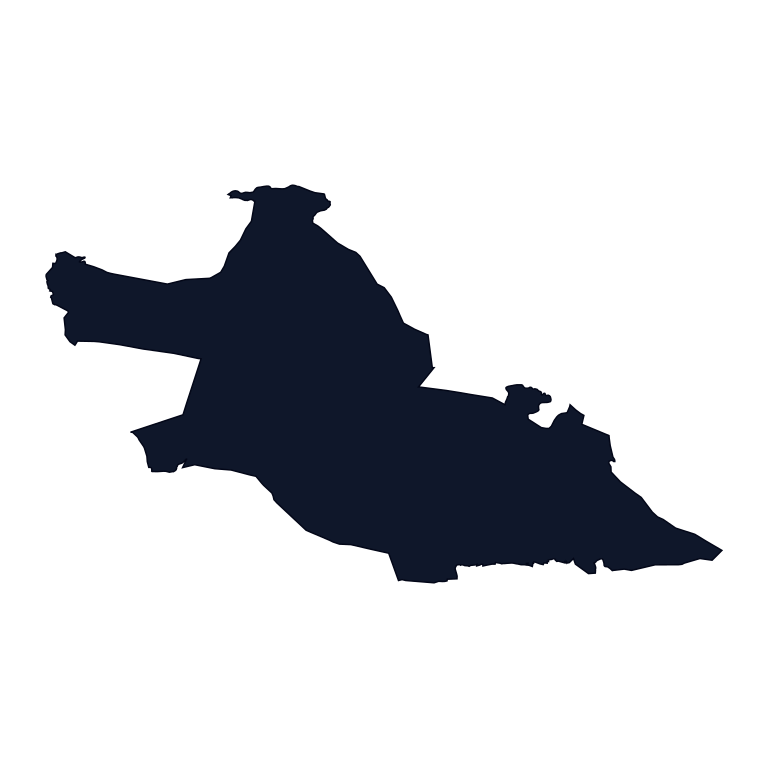 the district of Oxchuc, Chiapas, Mexico
{"feature_id": "50627088B29165563245458", "entity_name": "Oxchuc", "entity_type": "district", "adm_level": 2, "iso_a3": "MEX", "parent_name": "Mexico", "parent_adm1": "Chiapas", "projection": "albers", "projection_center": [-92.342, 16.796], "detail": "fine", "context": "isolated", "style": "filled", "palette": "ink", "viewbox_px": 768, "rotation_deg": 0, "n_neighbors": 0, "source": "geoboundaries", "source_scale": "gbopen_adm2", "svg_char_len": 6055}
<svg xmlns="http://www.w3.org/2000/svg" viewBox="0 0 768 768"><path d="M228.1,194.5L231.1,195.6L230.3,197.8L231.3,197.7L232.4,197.8L233.3,197.6L236.0,197.6L238.4,197.8L239.3,198.0L240.6,198.6L241.7,198.9L242.2,199.3L243.9,200.0L244.7,200.3L245.3,200.3L245.8,200.4L246.5,200.3L247.3,200.5L249.4,199.8L250.0,199.5L251.8,199.6L252.9,200.1L253.7,200.9L254.4,201.3L254.9,201.3L251.4,221.3L245.9,228.8L240.4,240.2L235.1,246.6L229.0,252.9L224.3,266.2L220.7,272.3L211.3,277.6L209.6,278.3L185.8,279.6L167.4,284.1L114.4,274.2L110.6,273.4L106.9,272.4L102.1,269.9L93.6,266.7L85.3,264.2L85.3,263.1L85.1,262.1L84.7,261.4L83.9,261.2L83.0,261.6L80.7,262.2L80.3,262.2L79.5,261.8L79.9,261.1L81.9,259.4L84.7,258.1L85.0,257.5L84.8,257.1L83.6,257.2L82.3,257.6L81.4,257.5L80.1,257.1L78.9,256.9L77.5,257.0L75.9,257.6L75.1,257.7L65.3,251.8L61.9,252.8L60.5,252.9L57.7,253.8L56.9,254.3L56.0,254.2L55.9,256.0L56.2,256.1L57.1,257.8L57.0,260.1L56.1,262.4L55.5,263.5L52.9,263.3L52.5,267.7L52.1,267.9L46.3,274.4L46.1,275.4L46.1,276.6L47.0,279.9L48.0,280.5L47.2,281.2L46.9,281.7L46.9,282.1L47.3,282.9L47.2,283.4L47.4,284.1L48.1,285.8L48.3,288.2L48.4,288.4L49.3,288.9L50.3,289.7L49.8,290.9L52.5,291.5L53.4,294.4L53.5,294.6L53.2,294.8L51.1,295.9L50.7,297.3L51.4,297.9L52.9,303.7L54.7,304.7L56.0,304.7L66.9,310.4L68.1,311.2L68.4,312.5L64.1,317.9L65.4,329.8L65.1,334.9L70.0,341.7L74.9,345.2L75.4,344.5L77.5,341.1L94.0,341.4L99.3,341.8L120.0,344.7L143.2,349.0L173.8,353.3L198.3,358.5L201.1,358.8L186.6,403.4L183.0,414.8L130.5,432.2L132.6,432.3L137.2,436.6L138.0,437.5L139.2,440.0L143.6,446.4L144.4,448.0L146.9,456.2L147.3,461.7L148.8,467.4L150.2,467.4L151.1,467.7L151.6,468.3L151.8,470.0L151.7,471.2L152.1,471.5L157.5,471.6L163.6,471.2L165.9,471.3L169.4,472.2L172.7,471.6L173.4,471.7L175.1,470.7L175.9,470.0L176.3,469.2L176.6,468.3L176.5,467.6L176.6,467.0L177.1,466.6L177.6,465.2L178.3,464.4L179.0,464.1L181.5,463.3L182.7,462.7L185.8,459.5L186.9,458.6L182.6,467.6L194.7,464.7L214.8,468.7L231.1,470.0L250.2,475.0L256.0,476.3L261.7,483.2L263.7,485.4L271.9,493.0L273.1,495.9L274.0,499.7L277.0,503.0L306.2,530.3L329.7,540.3L332.9,541.9L339.4,544.1L350.9,544.6L370.7,549.2L388.7,553.2L398.5,580.5L402.1,579.6L405.7,580.5L434.1,582.8L438.6,581.3L442.7,581.5L444.8,581.4L447.0,580.9L447.3,579.2L457.0,578.8L457.1,576.1L456.6,574.0L455.1,568.8L455.4,567.3L456.3,565.7L457.4,564.7L460.3,564.7L460.6,565.2L461.8,564.7L463.3,565.0L464.7,565.6L467.8,565.8L469.2,566.3L470.5,565.4L475.4,564.9L476.9,564.3L476.7,565.9L479.9,565.0L481.2,564.2L482.8,564.3L482.9,566.0L485.9,565.3L492.1,564.1L495.1,564.1L495.4,562.5L500.1,563.2L501.7,563.8L503.3,563.5L504.9,563.5L506.8,563.3L511.5,563.0L513.1,563.1L516.4,563.8L518.0,564.0L521.0,564.7L524.4,564.7L526.3,565.0L526.3,563.4L528.0,563.3L527.5,565.1L529.1,565.3L532.3,566.5L532.7,564.7L532.8,563.1L533.6,563.2L534.0,561.8L535.6,562.2L540.1,563.9L543.2,564.6L543.9,563.0L545.5,563.0L547.2,563.2L547.2,561.5L548.5,561.6L548.4,560.0L550.0,559.6L551.8,559.4L553.2,558.7L553.9,558.8L555.4,559.4L555.3,560.1L556.8,561.4L558.3,561.1L564.5,562.8L564.6,561.8L566.0,563.0L566.2,561.4L567.4,563.0L569.3,562.6L573.5,558.5L575.4,564.1L588.5,573.6L595.3,573.1L595.5,570.4L595.4,569.5L595.7,568.2L595.7,567.7L595.6,567.0L594.6,564.0L593.9,563.4L594.0,562.9L594.7,562.7L595.9,561.8L596.0,561.4L597.3,560.3L597.9,560.1L600.2,559.0L601.1,558.8L601.9,558.8L602.8,559.4L603.9,562.8L604.2,565.6L604.8,566.3L605.3,566.6L606.0,566.5L607.0,566.8L607.6,566.8L610.1,568.5L612.3,570.6L613.1,570.4L624.2,569.1L631.5,570.4L655.1,564.8L678.5,564.7L682.0,564.3L684.3,563.1L699.9,558.5L712.1,560.2L721.9,550.4L705.8,541.0L694.8,534.3L675.6,528.1L663.2,519.5L657.5,516.9L652.3,512.1L641.2,497.4L634.9,493.0L620.3,481.8L611.1,472.0L610.9,466.8L608.7,463.1L608.9,462.1L609.2,461.2L611.1,460.3L612.6,460.6L613.7,461.5L614.8,461.5L614.8,460.7L614.5,459.4L612.9,457.0L610.2,445.6L609.2,438.2L609.0,435.6L581.8,424.3L583.9,415.4L580.6,413.6L575.8,410.0L570.1,404.8L569.7,406.7L567.3,412.3L567.1,412.6L566.1,412.9L561.4,413.6L558.5,415.2L556.7,417.0L554.3,420.4L551.4,426.2L549.1,428.4L545.9,428.4L541.3,427.6L528.2,419.2L527.7,415.5L528.0,414.5L528.9,413.7L530.3,413.3L532.0,413.3L533.3,413.1L536.7,411.7L538.3,410.7L538.8,410.0L538.9,409.7L538.7,409.1L538.5,406.4L538.7,405.2L539.4,404.1L540.4,403.1L541.9,402.6L547.5,402.4L550.2,401.7L550.8,400.9L551.0,399.6L550.7,398.1L550.3,396.7L549.5,395.8L548.2,395.2L546.1,395.6L545.5,395.1L545.1,393.8L544.7,393.3L543.7,393.5L542.8,394.7L541.6,394.9L541.3,394.6L541.5,393.2L541.1,392.1L540.5,391.6L538.8,391.0L538.3,390.7L537.3,389.5L535.8,389.0L534.7,388.8L533.8,389.1L532.9,389.0L531.4,387.5L530.6,387.3L529.9,387.3L529.0,387.9L527.6,388.2L526.3,388.2L525.3,388.1L524.7,387.9L523.7,387.0L522.5,385.2L521.4,384.8L517.0,384.8L514.2,385.2L512.5,385.6L511.6,385.7L508.2,386.4L507.2,386.9L506.5,387.1L505.9,387.9L506.0,388.5L506.4,389.6L507.9,391.3L508.5,392.3L508.8,393.4L508.4,396.0L507.7,396.6L506.9,399.1L505.5,402.1L504.9,404.7L492.4,398.0L470.6,394.5L460.8,392.8L446.4,390.5L418.5,386.9L434.0,367.7L432.3,367.7L428.0,334.9L426.5,334.5L414.5,329.2L403.4,323.1L399.9,315.4L397.9,310.7L391.3,297.1L384.2,287.7L377.1,284.1L360.0,256.3L355.8,252.4L348.4,249.4L337.5,243.0L321.3,228.7L318.0,226.1L312.8,223.1L312.4,220.4L313.1,218.8L313.0,217.0L313.2,216.6L313.4,216.3L314.6,215.3L316.3,213.0L317.1,212.2L320.5,210.8L324.5,210.1L326.4,209.1L327.2,207.9L328.6,207.2L330.1,205.2L330.3,204.7L330.0,203.5L330.1,201.7L329.7,201.4L328.1,201.2L327.0,199.7L325.9,199.0L325.3,197.8L324.4,194.2L323.7,193.9L314.9,192.7L310.2,191.1L298.8,186.5L297.9,186.6L294.9,185.5L292.8,185.2L291.9,185.3L290.4,185.8L288.8,186.9L285.7,188.3L284.6,188.7L282.1,188.9L275.9,188.5L271.7,188.7L270.6,188.0L270.1,187.0L268.8,186.2L266.9,186.1L263.8,186.5L260.6,187.1L258.0,187.4L256.8,187.8L255.3,189.2L253.7,191.6L253.2,192.1L249.9,192.7L247.5,192.4L245.6,192.3L244.4,192.6L242.3,193.3L241.2,193.4L239.7,192.9L238.6,191.8L237.6,191.2L235.6,190.8L233.9,191.0L232.6,191.4L231.5,192.0L230.5,192.7L230.3,193.1L229.0,193.8L228.1,194.5Z" fill="#0f172a" stroke="#020617" stroke-width="1.5"/></svg>